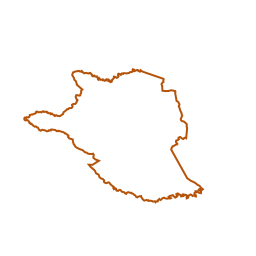 Sidrolândia, Mato Grosso do Sul, Brazil (Equal Earth projection), rotated 299°
{"feature_id": "56859067B34075926381215", "entity_name": "Sidrolândia", "entity_type": "district", "adm_level": 2, "iso_a3": "BRA", "parent_name": "Brazil", "parent_adm1": "Mato Grosso do Sul", "projection": "equal_earth", "projection_center": [-54.979, -21.085], "detail": "fine", "context": "isolated", "style": "outline", "palette": "amber", "viewbox_px": 256, "rotation_deg": 299, "n_neighbors": 0, "source": "geoboundaries", "source_scale": "gbopen_adm2", "svg_char_len": 5709}
<svg xmlns="http://www.w3.org/2000/svg" viewBox="0 0 256 256"><g transform="rotate(299 128 128)"><path d="M141.1,62.1L139.5,69.4L138.7,69.0L138.0,68.9L136.0,70.0L134.6,70.0L133.4,70.4L133.0,70.2L132.7,69.6L131.8,66.9L129.9,67.1L128.6,68.5L128.1,70.1L127.6,70.4L126.8,70.1L126.4,70.4L125.1,70.5L123.6,70.3L122.5,68.5L121.6,68.2L121.2,67.8L120.7,68.0L120.2,69.0L119.8,69.2L118.5,69.1L118.0,68.8L117.0,67.1L116.5,66.8L115.6,66.7L115.2,66.4L115.0,65.7L114.3,65.4L113.2,65.2L110.5,64.0L108.7,64.4L105.4,62.7L105.1,62.3L105.0,61.7L104.4,60.5L104.4,59.0L103.9,58.5L103.5,58.6L103.0,58.3L103.0,57.6L103.5,57.1L103.5,56.2L103.3,55.3L103.7,54.4L102.7,53.9L102.8,53.3L103.2,52.7L102.7,52.2L102.5,51.4L102.7,50.4L102.2,50.2L102.3,49.6L102.8,49.0L102.4,48.6L102.3,48.0L101.3,46.7L101.6,46.1L101.4,45.5L100.8,45.3L100.2,44.8L99.7,44.7L99.7,44.2L99.4,43.5L98.3,42.0L98.4,41.4L98.3,40.6L98.0,40.0L97.3,39.8L96.6,40.2L95.0,39.3L94.6,38.7L93.5,38.0L93.3,37.5L91.8,35.8L90.4,36.3L89.6,36.1L89.3,35.6L88.7,35.5L88.3,34.1L87.7,34.0L87.3,33.5L87.2,32.8L86.6,32.6L86.3,32.9L85.6,32.9L85.0,33.6L84.9,34.5L85.5,35.4L86.0,35.4L86.1,36.9L85.4,38.9L84.7,39.1L84.5,40.1L84.4,40.9L84.9,41.0L84.9,41.7L84.2,43.5L83.9,45.6L84.7,46.6L84.4,48.0L84.7,48.8L84.1,50.0L83.3,51.1L83.2,52.7L83.7,52.9L83.9,53.4L84.6,53.6L85.0,54.0L85.2,55.2L85.6,55.7L85.8,58.8L87.1,60.1L87.6,59.9L88.5,61.7L89.2,61.4L89.7,61.9L91.0,65.4L90.7,67.3L91.2,67.8L91.5,68.6L91.9,68.6L93.0,73.7L93.0,74.5L92.7,75.6L93.0,76.0L92.7,77.8L92.8,78.5L92.3,79.8L91.7,80.1L91.1,79.9L90.4,81.7L91.2,85.2L89.5,86.4L87.4,88.5L87.3,89.3L86.2,90.9L86.0,91.9L86.0,95.0L86.6,99.0L86.4,100.3L85.9,101.9L86.4,103.8L86.1,105.0L86.4,105.7L86.4,106.3L87.6,108.8L88.6,109.9L87.9,111.1L87.3,111.4L86.2,111.5L85.1,112.3L84.7,114.5L85.2,118.4L78.6,114.8L76.9,111.6L75.8,114.3L74.9,118.8L74.4,120.0L73.0,121.9L72.8,122.4L73.0,124.5L72.7,125.3L71.5,126.4L71.0,127.3L70.8,129.3L71.1,130.2L71.1,131.1L70.8,132.2L70.3,132.7L69.6,132.8L69.1,133.5L69.0,134.1L69.1,135.4L69.4,136.0L70.9,137.1L71.2,138.1L70.5,139.2L70.4,140.0L70.0,140.7L69.6,144.0L68.4,144.2L67.8,145.2L69.0,145.6L69.1,146.3L69.1,147.0L68.7,147.4L68.3,147.3L68.2,147.9L67.8,148.2L67.8,148.9L68.2,149.8L69.3,150.2L69.9,150.8L70.1,151.6L69.3,153.6L69.9,155.5L69.9,156.4L69.5,156.9L69.4,157.7L69.6,158.4L70.7,158.4L72.0,159.3L72.4,161.5L73.0,162.4L72.7,162.9L72.7,163.6L72.9,164.4L72.5,166.0L72.6,167.1L71.7,168.5L71.8,169.7L72.8,170.2L73.9,171.2L74.8,172.5L73.9,173.2L72.9,175.2L72.8,175.9L72.5,176.5L72.4,177.4L74.2,179.4L74.0,180.1L74.7,180.9L74.3,181.6L75.4,183.0L75.8,184.7L75.7,185.6L76.6,186.4L76.7,187.3L76.4,188.0L77.5,188.1L77.8,189.0L78.3,189.6L79.4,189.2L80.4,189.7L81.1,189.8L80.7,191.2L81.6,191.8L83.1,192.1L83.7,192.5L84.6,193.4L84.4,194.1L85.1,196.4L86.0,197.4L87.0,199.3L87.4,199.5L87.3,197.7L87.6,196.9L88.8,197.5L89.8,198.5L90.1,199.1L91.0,199.7L90.9,200.4L90.6,200.7L90.2,201.9L90.4,202.7L90.1,203.1L91.1,203.8L91.6,203.7L92.2,204.2L92.8,204.1L93.1,202.7L93.5,202.3L94.7,203.0L95.0,203.7L94.6,204.9L95.0,206.6L93.9,207.6L95.2,209.3L96.0,208.4L96.7,208.3L96.9,209.0L96.7,209.8L97.6,210.8L97.6,211.4L97.3,211.9L95.8,213.2L95.3,213.1L94.9,213.4L95.7,214.2L96.6,214.3L97.7,213.2L98.1,213.4L98.5,214.1L100.1,214.8L100.3,215.9L99.8,217.4L100.8,218.2L101.1,219.0L100.8,219.9L101.0,220.6L101.6,220.3L102.2,219.7L102.1,218.4L103.2,217.8L103.8,217.6L104.4,218.0L104.7,218.7L105.2,218.5L105.5,218.0L106.3,219.3L105.8,220.2L105.7,221.1L106.3,223.4L106.7,223.4L107.4,222.8L108.2,222.6L108.0,220.7L108.3,219.8L108.9,219.9L109.4,220.4L109.5,221.8L110.2,223.0L110.7,223.2L111.2,220.3L111.9,219.3L112.1,218.2L112.0,216.5L112.6,213.2L112.3,208.5L112.8,204.1L130.1,176.2L130.7,176.2L132.2,175.7L132.7,176.0L134.0,176.1L135.1,177.1L136.5,177.9L137.4,178.8L138.0,178.9L138.3,178.5L138.5,177.6L138.9,176.9L139.8,176.3L140.5,176.3L141.5,177.4L142.2,177.5L142.8,177.9L143.7,176.9L144.2,177.0L145.4,177.9L145.0,180.9L145.3,181.8L146.7,182.1L147.0,182.3L147.3,183.1L147.3,183.8L156.1,180.0L157.2,179.3L157.6,178.6L159.9,177.5L160.7,174.3L160.7,173.3L160.2,172.0L160.3,171.2L160.8,170.2L161.4,169.8L165.2,169.4L165.7,168.5L167.0,167.6L168.9,164.9L170.6,163.3L171.4,162.0L171.9,161.7L173.2,161.8L173.7,161.4L175.0,159.5L175.2,158.8L175.2,157.4L181.3,152.4L182.7,151.9L183.2,151.4L182.1,147.8L181.1,146.5L180.1,145.6L178.6,143.2L177.3,140.1L180.6,137.9L181.1,137.8L182.5,136.1L183.0,136.0L185.1,136.3L185.5,136.7L186.5,135.9L187.9,135.6L188.2,135.2L184.4,113.6L184.6,111.0L183.4,111.4L183.0,111.0L183.0,109.0L183.5,108.4L183.2,107.8L181.6,106.7L181.6,106.1L182.0,105.0L181.7,104.4L181.7,103.8L181.0,103.8L180.3,105.2L179.9,104.6L178.7,104.1L178.0,102.9L177.0,102.2L176.5,102.2L175.7,101.0L175.1,100.4L174.0,97.8L173.0,97.5L173.1,96.8L172.7,96.2L171.2,96.2L170.9,95.7L171.3,95.4L171.3,94.7L170.9,93.4L170.4,93.2L169.4,93.5L168.6,94.7L167.5,94.6L166.7,94.1L166.3,93.6L166.6,92.9L166.0,91.9L166.4,91.4L166.2,90.8L165.6,90.9L165.2,91.5L162.7,91.0L161.8,90.4L161.3,90.4L161.4,91.1L160.8,91.3L159.7,90.7L159.7,88.8L160.7,88.2L160.9,87.4L160.6,86.7L160.2,87.8L159.7,87.6L159.7,86.8L159.3,86.1L159.1,85.2L158.3,85.1L158.0,84.7L158.3,84.2L157.6,82.9L158.3,82.3L157.1,81.2L156.8,80.1L157.3,79.6L157.5,79.0L156.5,79.2L155.9,79.0L156.0,78.2L156.5,77.6L157.1,77.6L157.7,76.9L157.6,76.2L158.0,75.7L157.5,75.3L157.2,74.6L157.1,73.9L157.6,73.2L157.3,72.8L156.5,72.7L156.2,72.3L156.2,71.5L156.7,70.7L157.2,70.6L157.5,69.7L157.5,68.8L157.9,68.4L157.7,67.8L156.5,67.1L155.9,64.7L154.5,62.9L154.8,62.0L154.7,60.6L155.3,60.5L155.5,59.9L154.9,59.6L154.1,58.7L154.2,58.1L154.1,57.2L153.5,56.8L152.8,55.6L151.9,54.6L150.0,53.0L147.6,53.4L147.2,53.6L145.7,56.2L144.1,57.9L143.9,59.2L143.6,59.7L141.7,61.9L141.1,62.1Z" fill="none" stroke="#b45309" stroke-width="2"/></g></svg>